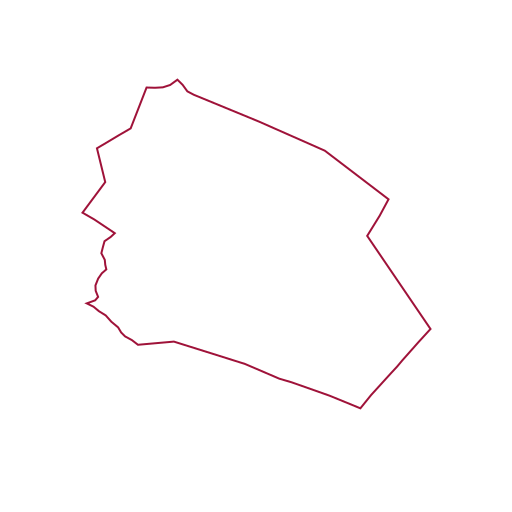 the district of Campo Grande do Piauí, Piauí, Brazil, rotated 114°
{"feature_id": "56859067B96257895784002", "entity_name": "Campo Grande do Piauí", "entity_type": "district", "adm_level": 2, "iso_a3": "BRA", "parent_name": "Brazil", "parent_adm1": "Piauí", "projection": "robinson", "projection_center": [-41.045, -7.177], "detail": "fine", "context": "isolated", "style": "outline", "palette": "rose", "viewbox_px": 512, "rotation_deg": 114, "n_neighbors": 0, "source": "geoboundaries", "source_scale": "gbopen_adm2", "svg_char_len": 830}
<svg xmlns="http://www.w3.org/2000/svg" viewBox="0 0 512 512"><g transform="rotate(114 256 256)"><path d="M352.7,98.7L336.2,94.3L307.5,84.8L299.6,82.1L291.9,79.9L268.5,72.5L251.7,66.9L192.4,162.6L168.9,159.4L150.3,158.0L131.8,236.0L132.0,307.9L134.0,378.3L133.5,385.7L129.5,392.6L126.9,399.5L134.7,404.0L139.8,409.7L143.4,416.7L146.6,424.5L190.4,422.4L200.9,430.0L222.3,445.1L249.8,423.8L287.0,432.1L288.4,418.6L292.6,394.3L297.7,396.5L304.1,400.4L310.1,399.5L316.4,398.4L321.0,392.6L325.4,390.1L329.1,387.3L334.5,389.8L340.8,391.0L348.2,390.7L353.0,388.3L357.6,383.6L361.9,384.9L368.1,391.3L368.4,383.8L370.3,377.1L371.4,369.1L374.9,361.4L377.3,352.9L380.7,348.1L382.7,342.9L383.3,335.2L385.1,327.7L367.6,296.2L359.1,222.2L358.6,184.8L356.9,172.1L353.7,132.1L352.7,98.7Z" fill="none" stroke="#9f1239" stroke-width="2"/></g></svg>